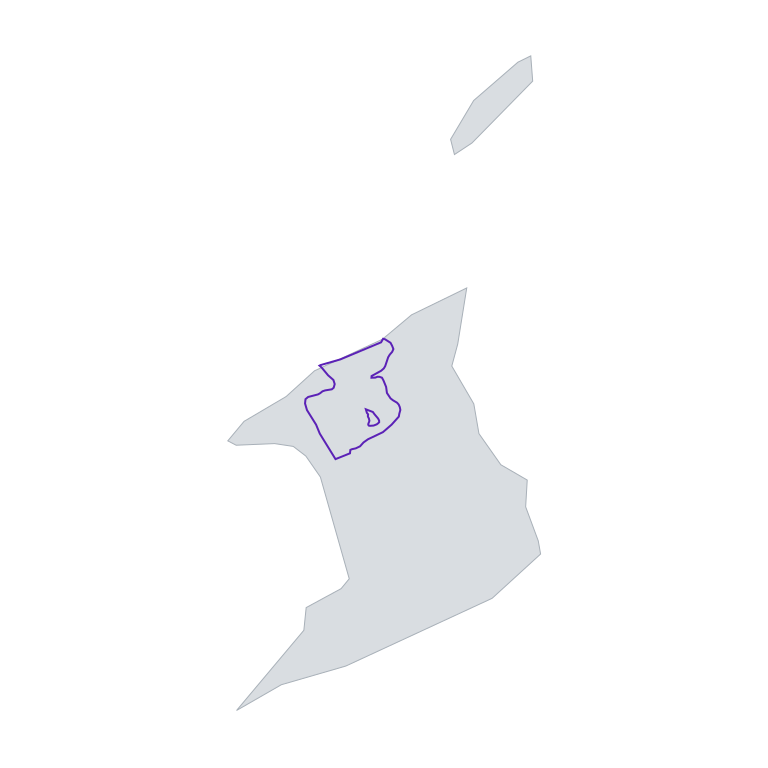 Trinidad and Tobago, with Tunapuna/Piarco highlighted, rotated 337°
{"feature_id": "TTO-61", "entity_name": "Tunapuna/Piarco", "entity_type": "Region", "adm_level": 1, "iso_a3": "TTO", "parent_name": "Trinidad and Tobago", "parent_adm1": "", "projection": "mercator", "projection_center": [-61.281, 10.685], "detail": "fine", "context": "in_parent", "style": "outline", "palette": "violet", "viewbox_px": 768, "rotation_deg": 337, "n_neighbors": 0, "source": "natural_earth", "source_scale": "10m", "svg_char_len": 1742}
<svg xmlns="http://www.w3.org/2000/svg" viewBox="0 0 768 768"><g transform="rotate(337 384 384)"><path d="M461.7,601.7L399.8,623.5L238.7,628.7L172.0,620.7L120.7,626.9L214.0,579.4L225.0,559.4L264.6,555.6L275.9,549.7L289.1,444.8L283.9,419.8L276.1,406.0L260.0,396.1L224.0,382.6L218.0,375.3L240.6,363.7L289.0,357.3L325.2,344.7L400.0,342.2L436.4,331.1L497.7,327.9L467.5,376.0L453.4,394.0L458.9,437.4L452.0,466.8L460.0,504.0L478.3,528.4L466.4,552.4L464.7,588.7L461.7,601.7ZM559.2,196.5L538.5,200.3L540.9,184.8L577.3,158.1L633.0,140.1L647.3,139.3L639.2,163.3L559.2,196.5Z" fill="#d9dde1" stroke="#a8b0b8" stroke-width="1"/><path d="M331.8,341.9L333.2,341.8L353.4,344.3L397.6,344.5L400.9,342.0L402.4,343.2L406.1,348.6L406.4,352.0L406.3,355.5L404.1,357.6L400.8,359.2L398.3,361.0L392.1,368.0L389.9,369.6L386.5,370.7L375.7,371.8L374.9,373.3L376.6,374.0L378.5,374.7L380.9,374.8L382.6,375.6L384.6,377.4L384.9,380.6L384.8,387.5L383.2,393.4L384.4,399.8L385.9,402.5L388.7,406.3L389.5,408.7L389.5,411.5L388.9,414.3L386.5,417.3L384.9,419.8L375.1,424.4L364.2,427.9L347.7,428.6L342.3,429.8L337.6,432.0L332.8,432.2L329.1,431.5L327.3,431.5L325.6,434.5L310.0,434.2L305.5,404.6L305.6,394.9L302.9,377.9L303.7,371.1L305.8,367.3L309.1,366.3L319.2,367.8L321.7,367.5L324.5,366.7L327.3,366.9L333.9,368.5L336.2,367.8L338.6,364.8L339.0,360.5L335.9,354.1L333.0,344.4L331.8,341.9ZM361.6,418.3L363.4,417.8L364.6,417.3L365.2,415.8L365.1,413.5L363.4,408.0L362.8,405.4L357.4,400.2L357.0,403.7L357.1,404.6L357.4,405.2L357.5,405.7L357.3,406.2L357.0,406.6L356.6,407.1L356.5,407.8L356.5,408.5L356.6,409.2L356.6,409.9L356.2,412.1L355.6,412.9L354.2,414.3L353.7,415.0L353.6,415.7L353.8,416.4L354.7,417.0L358.2,418.2L361.6,418.3Z" fill="none" stroke="#5b21b6" stroke-width="2"/></g></svg>